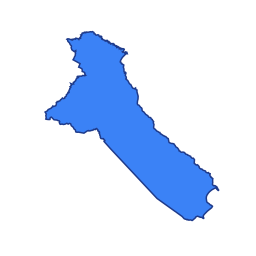 outline of Karonga, Karonga, Malawi, rotated 351°
{"feature_id": "42251766B7861013170277", "entity_name": "Karonga", "entity_type": "district", "adm_level": 2, "iso_a3": "MWI", "parent_name": "Malawi", "parent_adm1": "Karonga", "projection": "orthographic", "projection_center": [33.891, -10.08], "detail": "fine", "context": "isolated", "style": "filled", "palette": "blue", "viewbox_px": 256, "rotation_deg": 351, "n_neighbors": 0, "source": "geoboundaries", "source_scale": "gbopen_adm2", "svg_char_len": 5723}
<svg xmlns="http://www.w3.org/2000/svg" viewBox="0 0 256 256"><g transform="rotate(351 128 128)"><path d="M145.7,202.2L167.6,223.8L169.3,226.4L170.3,227.0L171.4,227.4L171.8,227.9L172.3,228.0L172.7,227.7L173.6,228.5L175.6,228.6L176.8,229.4L177.4,229.2L180.6,227.2L181.3,226.3L182.9,226.0L183.3,226.1L183.8,226.6L184.4,226.7L185.3,227.5L186.0,227.5L187.0,227.9L188.2,229.1L188.6,229.1L188.7,228.1L188.4,227.4L188.8,226.3L189.7,225.3L193.3,222.6L198.2,219.8L199.2,218.5L198.3,217.4L197.0,216.6L196.4,215.6L195.0,214.3L194.2,213.2L194.3,209.7L194.7,208.1L195.4,206.8L197.2,204.8L198.7,203.6L201.1,202.2L204.1,201.1L205.3,200.9L205.7,201.3L206.1,202.3L207.3,203.8L207.6,203.8L207.8,203.5L207.3,202.9L207.4,202.5L207.0,202.0L207.0,201.3L206.8,201.0L206.6,200.9L206.5,200.0L206.1,199.9L205.8,199.3L205.2,199.0L205.1,198.7L204.4,198.4L203.8,198.5L203.1,197.9L202.6,196.9L203.3,194.6L203.2,193.7L203.6,192.5L203.6,191.5L203.8,191.2L203.3,190.9L203.2,190.4L202.7,190.0L202.4,189.4L202.1,189.4L202.0,188.6L201.6,188.2L201.4,187.5L201.6,187.0L201.5,186.8L201.9,186.4L202.0,186.0L200.8,185.4L200.4,184.6L199.7,184.8L198.3,184.1L198.1,183.8L197.8,182.6L195.7,181.5L194.6,180.4L194.5,180.0L193.5,179.9L192.5,178.9L192.2,178.2L192.2,177.3L191.5,175.9L190.6,175.1L190.2,175.3L189.5,175.1L187.9,173.2L188.7,169.7L187.9,168.1L187.1,168.0L186.4,167.7L185.6,166.6L185.4,165.7L184.4,165.2L183.4,164.3L182.8,164.2L182.4,163.5L180.9,162.8L180.5,161.8L179.9,161.4L179.6,160.8L178.5,160.4L176.9,160.3L176.1,159.7L175.6,158.8L175.0,158.7L174.6,157.0L173.7,155.3L172.3,154.1L171.8,152.6L171.2,151.7L171.1,151.1L170.0,150.4L168.3,150.0L166.5,148.9L166.2,148.1L166.1,144.8L165.0,143.9L163.9,142.3L163.1,142.1L162.1,141.1L161.7,141.1L159.8,139.1L159.1,138.9L158.8,137.4L158.0,137.2L156.8,136.0L156.0,135.6L154.6,133.4L153.6,132.6L153.4,131.3L154.2,128.6L153.8,126.9L154.3,125.6L153.4,124.2L153.3,123.4L152.4,122.6L152.0,121.3L150.4,120.7L149.9,120.1L149.5,118.9L147.7,117.4L146.0,114.4L145.1,113.8L144.7,113.0L144.8,110.9L144.5,110.2L143.6,109.4L142.5,107.3L141.2,106.5L141.0,105.3L141.6,102.8L142.4,101.0L143.0,98.1L142.5,93.8L142.8,91.9L142.2,91.7L141.9,90.9L141.7,90.8L141.7,89.7L140.5,90.3L140.0,89.8L139.3,89.7L138.6,88.8L137.5,85.4L136.8,85.0L136.3,84.3L135.2,81.1L133.6,79.3L133.7,78.9L134.2,78.5L134.1,76.9L133.6,75.9L133.6,75.5L134.6,73.4L134.2,72.5L133.9,72.4L133.1,73.5L132.7,73.7L133.4,72.9L132.9,71.6L133.2,69.1L132.9,67.0L133.3,66.4L133.7,65.1L132.1,63.7L131.9,63.1L131.7,63.1L131.7,63.5L131.6,63.4L131.2,62.5L131.1,61.5L130.7,61.4L131.4,59.9L133.5,57.4L137.0,54.8L138.3,54.3L138.9,54.5L138.7,53.0L137.6,52.5L137.2,53.5L136.9,53.6L136.7,53.6L136.7,53.0L136.3,53.0L135.7,52.4L135.5,52.8L135.5,52.2L134.8,52.5L134.3,51.8L134.3,51.7L134.9,52.0L135.9,51.2L135.9,50.5L136.6,49.8L136.5,49.4L135.4,48.8L134.7,49.0L134.2,48.5L133.4,49.1L133.3,48.2L132.9,48.0L132.2,48.3L132.5,47.6L131.5,47.4L131.6,46.7L130.7,45.9L130.2,46.0L130.0,46.8L129.5,46.8L129.5,46.2L129.9,45.7L129.8,45.3L129.3,44.9L128.5,45.1L128.3,44.6L127.8,44.4L127.8,44.2L127.5,43.9L127.7,43.6L127.4,43.0L127.1,42.8L126.9,43.2L126.6,43.4L126.7,42.7L126.4,42.2L125.9,42.4L125.1,42.0L124.3,42.3L123.9,42.3L123.5,40.7L123.1,40.6L122.7,40.8L122.8,39.9L122.6,39.5L121.8,40.0L121.3,38.5L120.8,38.9L120.4,38.2L119.6,38.6L119.4,38.1L118.8,38.2L118.5,37.6L116.9,36.7L116.7,35.8L116.0,35.9L116.0,34.8L116.3,33.8L116.1,33.4L115.5,33.0L114.7,33.7L114.4,33.0L113.8,32.7L113.7,31.7L113.3,31.4L112.6,31.2L111.6,31.4L110.8,31.1L110.2,29.9L109.3,29.6L109.3,28.3L107.9,27.2L107.1,27.4L105.9,27.0L104.0,27.2L103.3,27.0L102.7,27.1L101.6,26.6L101.2,27.3L100.1,27.1L99.8,26.6L98.7,27.3L97.8,27.0L97.4,27.3L97.1,28.3L95.9,28.7L96.5,29.5L95.6,30.2L95.2,30.8L95.3,31.9L95.1,32.0L94.6,31.5L94.2,31.5L93.3,32.9L92.6,32.0L90.6,31.1L90.1,32.0L89.4,31.6L88.5,31.8L87.6,31.6L87.4,32.2L86.5,32.5L86.1,31.7L85.2,31.7L83.5,30.7L82.2,30.5L81.5,30.8L82.1,31.5L82.2,33.0L83.5,34.8L84.0,36.7L84.9,37.9L84.9,38.6L84.4,39.8L84.8,42.0L86.6,43.9L87.8,43.7L88.5,43.4L88.4,44.4L87.6,44.9L87.9,46.1L87.6,46.5L87.3,48.1L86.1,49.6L85.7,50.4L84.4,52.0L90.7,56.9L88.8,60.2L90.2,61.0L91.8,62.5L91.9,63.5L91.6,65.0L93.1,65.8L93.9,66.7L94.0,67.4L93.7,67.8L94.1,68.5L93.6,69.2L94.1,69.4L93.6,69.6L91.2,69.0L90.6,69.5L90.1,69.6L89.0,69.3L86.2,69.1L86.1,69.3L86.6,69.5L87.1,70.1L87.0,70.4L86.5,70.5L85.7,70.2L85.8,70.7L84.5,71.5L83.6,73.2L82.7,73.6L81.9,74.4L81.3,74.3L80.9,74.9L81.2,76.0L79.8,76.0L78.4,75.1L78.9,76.8L78.8,77.1L78.1,77.4L77.8,78.2L77.4,78.2L77.8,78.9L76.7,79.8L76.5,80.7L75.8,81.4L75.3,82.5L75.4,83.5L75.2,83.7L74.8,83.5L74.5,83.8L74.2,83.6L73.7,84.7L72.4,85.4L72.1,86.7L70.4,87.7L70.1,88.7L69.0,88.9L67.9,88.1L66.7,89.3L66.0,89.4L65.1,90.4L64.3,90.7L64.0,90.6L62.8,91.2L62.3,90.8L62.1,91.1L61.1,91.7L61.1,93.0L60.2,94.7L58.0,95.1L57.3,94.5L56.8,95.4L55.7,95.7L55.5,96.2L55.0,96.5L52.0,97.3L51.1,98.4L48.6,99.3L49.5,101.4L48.8,102.8L48.8,105.2L48.2,106.3L48.7,106.6L50.7,107.2L52.1,107.4L52.4,107.1L52.5,106.0L53.5,105.3L54.1,105.3L56.2,108.3L58.9,109.0L60.3,109.9L61.2,110.2L61.5,111.1L61.0,111.8L61.3,113.3L61.7,113.8L63.6,113.8L64.6,114.4L65.3,114.4L66.3,114.4L68.4,113.8L69.5,114.8L70.9,114.3L72.0,114.8L72.3,116.8L74.0,118.7L74.6,120.6L75.7,121.6L75.8,123.6L76.1,123.9L77.6,124.3L78.3,124.3L83.7,126.2L87.4,124.5L88.4,124.3L89.0,124.9L89.9,124.7L90.5,124.9L91.2,124.6L92.0,124.8L92.6,124.5L93.2,124.6L94.2,123.9L95.0,124.3L95.7,124.4L96.2,123.7L97.0,123.6L97.5,124.7L98.1,125.4L97.8,125.9L98.2,126.8L98.9,127.0L99.1,127.3L99.1,128.0L98.8,128.1L98.6,128.5L99.0,129.2L99.1,131.1L99.4,131.8L99.2,132.9L99.6,134.1L99.9,134.3L101.1,134.5L101.4,134.8L102.1,134.7L102.3,135.4L103.1,136.4L103.2,136.8L103.0,137.1L102.4,137.1L102.2,137.5L107.4,145.6L145.7,202.2Z" fill="#3b82f6" stroke="#1e3a8a" stroke-width="1.5"/></g></svg>